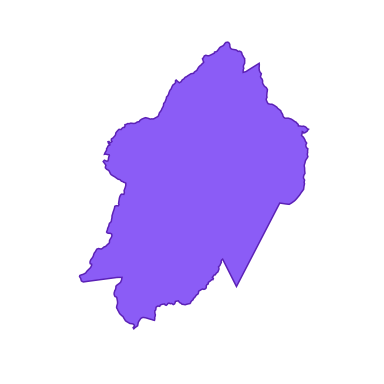 Gentio do Ouro, Bahia, Brazil (Natural Earth projection), rotated 222°
{"feature_id": "56859067B57973057094010", "entity_name": "Gentio do Ouro", "entity_type": "district", "adm_level": 2, "iso_a3": "BRA", "parent_name": "Brazil", "parent_adm1": "Bahia", "projection": "natural_earth1", "projection_center": [-42.563, -11.389], "detail": "fine", "context": "isolated", "style": "filled", "palette": "violet", "viewbox_px": 384, "rotation_deg": 222, "n_neighbors": 0, "source": "geoboundaries", "source_scale": "gbopen_adm2", "svg_char_len": 6050}
<svg xmlns="http://www.w3.org/2000/svg" viewBox="0 0 384 384"><g transform="rotate(222 192 192)"><path d="M212.5,52.5L209.6,56.0L190.5,78.4L186.9,81.7L185.5,79.5L184.7,77.2L184.8,75.7L185.5,72.4L185.5,71.1L184.5,69.9L183.6,68.3L183.4,67.0L182.9,66.1L182.5,65.2L181.6,64.0L180.3,63.2L179.3,62.8L178.4,63.2L177.4,63.3L174.5,61.1L173.6,60.3L172.5,59.0L172.0,57.7L171.0,55.9L170.1,55.3L168.9,55.0L167.7,54.4L166.5,54.1L165.5,53.6L164.1,53.2L161.4,53.1L160.1,53.3L157.7,52.5L155.3,51.8L154.2,51.9L150.2,52.7L147.9,54.3L146.6,54.6L145.7,54.3L145.0,53.3L145.0,51.8L143.7,51.4L143.6,53.1L143.3,54.4L142.9,56.2L144.7,59.2L145.0,60.5L145.4,63.3L145.3,64.5L144.5,66.0L142.9,67.1L141.9,67.7L138.0,69.5L136.5,70.3L135.2,70.8L134.0,71.5L134.8,72.9L135.6,73.5L136.1,74.7L137.0,76.2L138.2,76.9L139.3,77.9L140.1,78.9L140.1,80.2L141.6,82.3L141.3,84.0L140.4,84.9L139.5,85.4L139.9,86.9L139.0,88.6L138.1,89.7L137.4,90.4L136.3,90.1L135.3,90.6L135.1,92.1L135.3,93.2L134.7,94.1L133.4,94.4L132.8,95.3L131.9,95.7L130.6,95.8L130.1,97.1L130.5,98.5L131.1,99.6L129.3,102.0L127.7,101.6L126.7,101.6L125.5,102.0L124.2,101.9L123.3,102.7L122.4,103.1L121.4,103.9L120.9,104.9L119.6,106.8L118.9,107.7L118.9,108.7L119.4,109.7L119.4,111.1L119.1,112.7L119.7,113.9L119.4,115.3L119.6,116.7L119.8,118.4L119.3,120.1L119.7,121.4L120.4,122.2L120.6,123.3L120.1,124.4L119.8,125.7L119.1,127.1L118.0,127.6L117.3,128.9L117.3,130.2L117.9,131.1L118.7,131.9L118.9,133.3L118.4,134.6L119.4,135.7L118.8,138.5L118.7,140.1L117.8,140.9L118.3,142.1L119.8,142.2L120.0,145.3L119.3,146.0L119.6,147.9L119.3,149.9L120.3,152.6L121.1,153.5L122.2,154.1L122.1,156.1L122.7,157.7L123.0,159.2L124.0,160.0L124.5,161.2L124.3,162.6L95.7,151.5L119.4,242.5L114.3,245.9L111.5,247.9L110.7,250.4L110.4,251.7L110.0,253.5L109.8,255.1L109.8,257.3L110.0,261.7L110.4,264.3L110.8,268.6L112.7,271.3L113.9,273.4L115.0,274.1L115.7,275.1L116.3,276.2L117.1,276.5L118.2,276.8L119.0,277.5L119.7,278.5L120.2,279.8L120.5,281.4L122.8,283.5L124.0,284.8L125.0,285.7L126.0,286.4L126.7,287.4L127.6,289.4L128.5,290.9L128.9,292.4L129.1,294.0L129.5,295.8L130.4,296.3L131.7,297.3L132.5,298.8L133.4,299.6L134.9,301.7L136.3,301.5L137.6,302.0L138.4,302.6L139.1,303.6L139.5,305.1L141.8,305.6L143.1,306.4L146.0,307.3L147.0,307.2L148.5,307.4L149.2,309.0L150.4,310.7L149.4,310.9L148.4,310.6L147.7,311.7L147.1,314.2L147.4,315.4L147.4,316.6L148.8,316.1L150.2,316.4L151.7,316.2L153.3,315.5L154.1,314.4L156.1,313.2L157.2,312.3L158.1,313.1L159.1,313.4L160.1,313.3L161.1,313.6L163.0,313.1L164.5,313.0L167.0,312.6L169.9,311.3L172.2,309.1L173.8,308.9L175.3,309.4L176.6,310.3L179.5,311.2L180.4,311.8L184.4,311.5L185.7,311.8L188.7,311.4L191.2,310.8L192.7,309.5L194.5,308.6L196.0,309.0L197.8,309.8L198.8,310.4L199.3,311.4L199.7,312.7L200.6,313.2L202.7,315.9L203.6,317.4L204.5,318.6L205.7,319.0L206.9,319.3L207.9,319.1L209.3,319.1L211.8,319.9L212.7,320.4L213.4,321.3L214.3,322.2L215.8,322.9L216.9,322.9L218.2,323.4L219.6,326.3L221.6,326.6L223.2,327.3L225.1,329.0L225.8,330.0L227.3,331.8L228.2,332.6L232.0,319.4L232.4,317.7L234.0,315.1L235.0,316.2L235.8,317.3L236.3,318.6L237.4,319.2L238.2,320.2L238.6,321.2L239.0,322.9L239.9,323.9L240.7,324.9L241.5,325.6L242.1,326.4L243.3,326.5L245.3,327.3L246.3,327.5L248.4,328.8L249.5,329.0L251.1,328.4L251.8,327.3L253.0,327.3L254.3,327.1L257.9,324.8L258.9,324.6L260.0,324.8L261.5,325.7L262.4,326.7L263.4,327.3L264.7,327.6L265.7,327.3L266.9,325.8L267.0,324.3L266.7,322.7L266.8,321.4L267.9,318.7L268.0,317.3L267.8,316.3L267.6,313.3L268.0,312.3L268.9,311.1L268.3,310.2L269.5,307.1L270.1,305.6L270.7,304.4L271.9,303.5L273.2,302.9L273.9,301.4L273.4,299.5L273.4,298.0L272.0,297.3L271.1,296.7L270.2,296.4L270.1,295.1L270.3,294.1L270.2,292.6L270.5,291.5L270.6,289.2L269.8,285.4L270.3,283.8L270.5,282.5L270.2,281.3L271.9,279.2L273.0,275.3L273.2,274.0L273.8,273.0L273.9,272.0L273.7,270.7L274.3,268.8L273.9,266.7L274.5,264.7L275.9,264.6L278.7,264.6L278.7,263.5L277.4,262.4L277.4,260.5L277.8,258.8L277.5,257.5L277.1,256.2L276.5,254.8L276.5,253.4L276.2,252.1L275.6,250.5L274.9,249.1L274.4,247.3L274.5,245.5L273.7,244.4L272.7,241.9L272.3,240.7L272.3,238.9L270.8,236.7L270.0,233.5L269.5,232.2L269.3,230.5L269.3,229.3L268.0,226.3L267.9,225.3L268.4,223.7L268.9,222.4L269.2,221.3L269.8,220.2L271.0,219.3L271.7,218.3L274.0,217.4L275.3,216.7L276.2,216.2L276.9,215.1L278.2,212.3L278.6,210.3L278.3,208.9L279.0,208.2L279.8,206.7L280.0,205.3L281.2,203.9L283.6,202.2L284.3,200.9L285.7,199.7L286.1,198.2L286.9,197.2L285.9,196.1L285.4,194.8L286.2,194.2L286.6,192.9L286.5,191.0L288.2,189.7L288.3,188.3L288.3,186.5L288.1,184.8L287.3,183.7L286.9,182.5L286.9,179.2L287.4,177.6L286.7,176.4L285.3,176.0L285.4,174.8L286.2,173.7L287.5,174.0L288.1,173.2L287.1,172.5L286.3,172.2L285.1,172.6L284.5,171.8L285.2,170.8L285.1,169.6L284.7,168.5L284.4,166.9L283.5,166.0L282.8,162.6L282.3,161.4L281.5,162.4L279.6,163.4L278.5,164.2L277.7,163.7L277.4,162.5L276.8,161.4L275.8,160.0L275.3,158.7L276.0,157.8L277.0,157.5L278.4,157.0L278.4,155.2L273.9,154.3L273.4,153.1L272.6,152.0L270.6,151.8L268.8,152.2L267.8,152.2L266.4,151.7L264.9,151.0L263.7,150.8L262.3,151.0L259.4,151.6L255.6,152.0L253.7,153.0L251.7,152.8L250.5,153.4L249.4,153.5L248.2,154.0L247.1,154.3L245.5,152.4L244.7,150.8L243.4,147.6L241.7,146.1L241.1,144.6L241.9,144.1L243.0,143.2L243.0,141.8L242.5,140.2L241.9,138.9L238.8,134.2L237.8,133.8L237.5,132.4L239.2,131.1L239.8,129.7L239.0,128.4L238.3,127.0L237.0,123.9L236.3,122.5L235.6,120.9L234.2,119.2L233.3,117.6L232.4,116.3L232.2,115.0L232.4,113.5L231.6,111.8L231.0,110.9L230.7,109.7L230.3,108.5L229.6,107.4L228.7,105.1L227.5,104.9L226.1,105.7L225.0,106.7L223.6,107.0L222.3,106.0L221.6,104.5L221.3,102.7L220.9,100.9L219.5,99.1L219.4,97.9L219.7,96.5L219.7,95.3L219.8,93.7L220.6,92.4L220.9,90.1L221.2,89.0L222.3,88.2L223.6,87.5L224.5,85.9L224.3,84.7L223.9,83.3L223.8,81.4L223.3,79.9L222.6,78.6L222.1,76.9L221.9,74.0L221.4,72.5L220.9,71.6L219.7,70.6L218.3,71.2L217.4,70.1L216.8,67.9L217.1,63.3L217.0,61.9L216.8,60.7L217.8,58.0L218.9,56.2L219.5,54.9L219.0,53.9L216.9,53.3L215.6,52.4L214.7,51.9L213.6,52.1L212.5,52.5Z" fill="#8b5cf6" stroke="#5b21b6" stroke-width="1.5"/></g></svg>